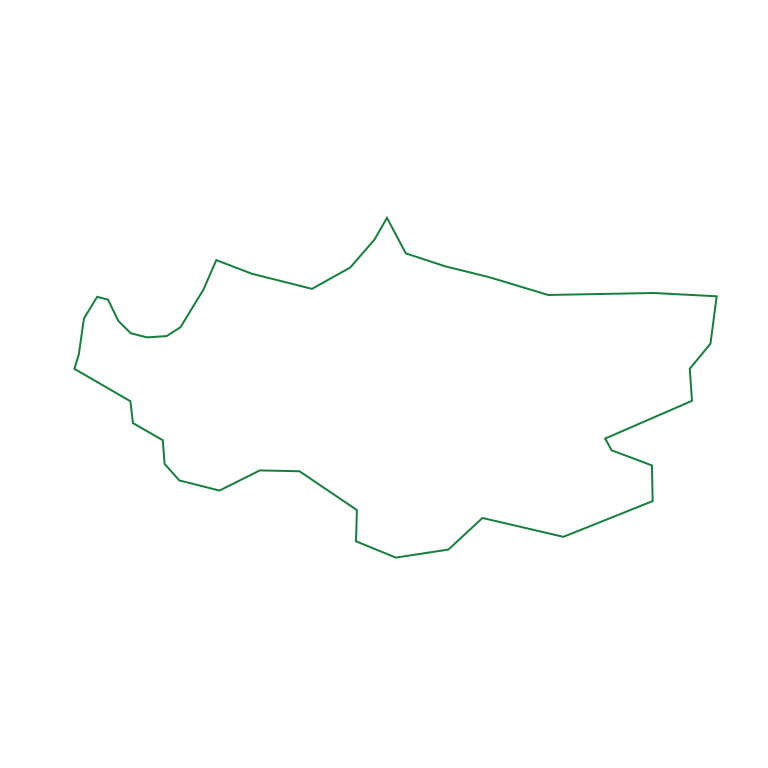 an SVG outline of Bath and North East Somerset, rotated 14°
{"feature_id": "GBR-2043", "entity_name": "Bath and North East Somerset", "entity_type": "Unitary Authority", "adm_level": 1, "iso_a3": "GBR", "parent_name": "United Kingdom", "parent_adm1": "", "projection": "albers", "projection_center": [-2.517, 51.347], "detail": "fine", "context": "isolated", "style": "outline", "palette": "green", "viewbox_px": 768, "rotation_deg": 14, "n_neighbors": 0, "source": "natural_earth", "source_scale": "10m", "svg_char_len": 700}
<svg xmlns="http://www.w3.org/2000/svg" viewBox="0 0 768 768"><g transform="rotate(14 384 384)"><path d="M673.0,432.6L595.0,488.9L511.9,490.2L486.6,529.0L437.4,549.6L394.9,543.4L388.2,512.9L323.1,489.1L284.4,497.9L250.1,527.2L208.7,527.1L190.4,514.6L183.0,492.1L149.9,482.7L142.1,462.1L79.9,444.2L80.7,429.0L77.0,392.9L84.6,368.8L95.8,368.9L110.9,387.0L125.9,396.0L142.7,396.1L161.5,390.1L172.8,378.1L186.0,336.0L191.3,304.4L229.2,309.0L291.1,309.1L323.1,279.1L339.9,246.0L346.7,222.1L373.6,252.0L414.9,255.0L459.9,254.9L521.8,257.9L623.0,230.6L685.6,218.4L691.0,265.9L677.0,295.2L686.9,325.8L611.8,383.4L620.9,393.3L663.7,398.2L673.0,432.6Z" fill="none" stroke="#15803d" stroke-width="2"/></g></svg>